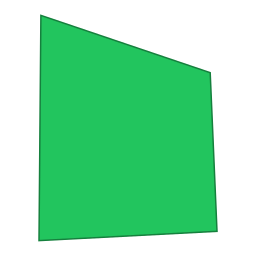 an SVG outline of Jwaneng
{"feature_id": "BWA-5506", "entity_name": "Jwaneng", "entity_type": "Town", "adm_level": 1, "iso_a3": "BWA", "parent_name": "Botswana", "parent_adm1": "", "projection": "robinson", "projection_center": [24.71, -24.561], "detail": "fine", "context": "isolated", "style": "filled", "palette": "green", "viewbox_px": 256, "rotation_deg": 0, "n_neighbors": 0, "source": "natural_earth", "source_scale": "10m", "svg_char_len": 186}
<svg xmlns="http://www.w3.org/2000/svg" viewBox="0 0 256 256"><path d="M40.9,15.4L210.2,72.7L217.0,231.3L39.0,240.6L40.9,15.4Z" fill="#22c55e" stroke="#15803d" stroke-width="1.5"/></svg>